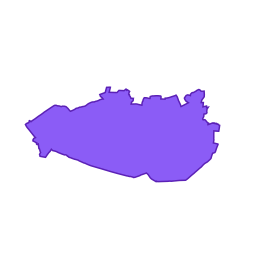 Stroiesti, Suceava, Romania (Equal Earth projection), rotated 306°
{"feature_id": "2599482B39658713506710", "entity_name": "Stroiesti", "entity_type": "district", "adm_level": 2, "iso_a3": "ROU", "parent_name": "Romania", "parent_adm1": "Suceava", "projection": "equal_earth", "projection_center": [26.132, 47.616], "detail": "fine", "context": "isolated", "style": "filled", "palette": "violet", "viewbox_px": 256, "rotation_deg": 306, "n_neighbors": 0, "source": "geoboundaries", "source_scale": "gbopen_adm2", "svg_char_len": 5461}
<svg xmlns="http://www.w3.org/2000/svg" viewBox="0 0 256 256"><g transform="rotate(306 128 128)"><path d="M127.1,207.2L130.5,208.1L131.2,208.2L133.8,208.8L137.4,209.6L139.5,210.2L142.3,210.5L144.3,210.9L144.8,211.1L146.2,211.7L146.8,212.0L147.9,212.3L148.9,212.5L149.9,212.7L151.7,213.0L152.2,213.0L154.6,212.1L156.2,211.6L157.3,211.3L158.0,211.9L158.7,212.3L159.2,212.7L159.5,212.7L160.3,212.6L163.7,211.5L164.8,211.2L167.6,210.5L167.8,210.4L167.9,210.2L166.3,206.3L166.1,205.9L169.0,204.4L169.5,203.8L170.6,203.1L173.3,201.1L176.1,199.2L178.7,203.3L181.0,202.2L184.0,200.6L183.9,200.3L183.8,200.1L183.9,199.2L184.1,199.0L184.0,198.8L183.9,198.7L183.9,198.3L183.6,198.1L183.5,197.9L183.4,197.8L183.4,197.7L183.7,197.6L183.8,197.4L183.8,197.1L183.7,196.8L183.6,196.7L183.4,196.2L183.2,196.1L182.9,196.2L182.6,195.7L182.6,195.4L182.6,195.1L182.7,194.9L182.4,194.8L182.1,194.5L182.1,194.4L182.3,194.2L182.2,193.9L181.9,193.9L181.7,193.8L181.6,193.7L181.5,193.2L181.1,193.0L178.9,191.6L177.7,190.7L177.8,190.6L178.2,190.6L178.4,190.4L178.6,190.4L178.8,190.4L179.0,190.6L179.3,190.5L179.3,190.2L179.1,189.5L179.1,188.9L179.4,188.0L179.8,186.2L179.9,185.6L179.9,185.4L179.7,185.0L178.8,184.0L179.0,183.5L179.1,183.2L179.4,183.0L180.6,182.8L182.2,182.4L183.1,181.7L183.7,181.4L184.1,181.3L184.9,182.4L185.3,182.6L185.6,182.8L186.0,182.9L186.6,182.9L186.9,182.8L187.2,182.4L187.4,182.2L188.0,181.8L188.7,181.4L189.1,181.1L189.4,181.0L189.7,180.9L190.1,180.8L192.0,180.7L190.7,179.5L191.9,178.6L189.2,176.2L192.9,174.0L191.6,172.3L193.4,171.5L194.1,171.3L197.5,171.3L197.9,171.3L198.2,171.2L198.5,171.0L199.9,170.1L202.6,167.9L201.2,166.3L201.0,166.0L200.8,165.4L200.8,165.0L201.0,164.4L201.0,163.8L201.0,163.5L200.8,162.7L200.0,162.2L199.4,161.9L198.8,161.6L198.7,161.5L197.9,161.4L197.7,161.3L197.3,161.0L196.3,160.7L195.7,160.3L195.0,160.0L194.9,159.9L194.7,159.5L194.5,159.3L194.1,159.0L192.9,158.8L192.1,158.7L191.7,158.9L190.9,159.4L190.7,158.8L190.0,157.0L189.6,156.6L188.6,156.0L187.8,155.9L185.9,156.0L185.5,156.2L185.3,156.1L184.8,156.7L184.0,158.5L183.8,159.2L183.9,162.0L176.5,158.3L176.6,158.1L176.7,157.9L177.1,157.5L177.7,156.7L178.5,155.2L179.5,153.5L179.9,152.7L180.9,151.3L181.6,150.3L182.0,149.7L182.3,149.1L182.8,147.5L182.3,147.4L179.2,145.1L176.8,143.4L175.0,141.8L174.0,140.5L173.1,141.0L170.8,137.5L172.7,136.4L173.1,135.7L172.2,134.1L171.9,133.6L171.0,132.3L170.3,131.4L169.1,130.0L168.2,128.8L166.8,127.7L166.5,127.5L164.8,128.4L164.2,127.4L163.4,125.4L162.9,124.6L162.3,123.8L162.1,123.4L161.2,123.4L160.0,123.6L159.4,123.8L158.6,124.2L158.0,124.2L157.3,124.4L156.3,124.8L154.6,125.8L153.1,122.4L152.8,121.5L152.5,121.0L152.3,120.5L149.2,116.5L150.9,115.7L152.7,116.1L153.8,115.8L154.7,115.0L155.1,114.9L153.8,112.9L154.9,111.0L155.0,110.3L155.3,109.8L155.6,109.1L155.9,109.3L156.3,108.4L156.9,108.1L157.6,108.0L158.6,107.8L158.6,106.7L158.5,105.0L157.8,104.8L158.3,103.5L155.9,102.9L153.1,98.6L150.5,98.3L150.2,98.2L149.9,97.8L145.8,91.8L150.6,89.8L150.5,89.5L148.3,86.8L143.3,88.7L138.5,85.5L138.2,86.0L137.4,87.1L137.2,89.6L136.8,90.8L136.2,90.1L135.3,89.4L134.5,88.7L133.4,88.2L132.3,87.6L131.5,87.0L130.5,86.1L129.8,85.7L129.4,85.5L129.0,85.0L128.2,84.0L127.5,83.4L126.2,82.6L124.5,81.7L123.7,81.4L121.5,80.8L120.7,80.5L120.3,80.2L119.5,79.6L118.9,78.9L118.5,78.6L116.9,77.3L116.5,76.7L114.7,75.7L114.0,75.0L113.3,74.4L112.6,74.2L111.7,73.9L110.7,73.4L109.1,72.5L108.0,71.8L107.7,71.6L107.9,70.3L108.2,69.0L108.5,68.1L108.7,66.5L108.8,65.7L108.8,65.2L108.2,63.7L107.5,62.7L107.2,62.2L106.5,61.7L106.0,61.3L105.4,59.4L105.1,58.9L104.7,58.3L104.4,57.7L104.3,57.3L104.2,56.7L103.4,55.5L102.6,55.0L100.3,54.1L91.3,50.8L90.8,50.7L87.6,49.7L85.3,48.8L80.8,47.4L79.2,46.8L77.6,46.2L76.8,45.9L76.1,45.8L76.1,45.6L76.0,45.4L76.2,45.0L76.2,44.8L76.1,44.4L76.1,44.0L76.0,43.9L75.8,43.9L75.7,43.9L75.6,44.1L75.7,44.3L75.1,44.4L74.7,44.3L74.2,44.6L73.7,44.5L73.4,44.0L72.8,43.9L72.3,43.4L71.5,43.1L71.1,43.1L70.5,43.0L69.9,44.3L69.6,44.8L69.1,46.2L68.5,48.6L66.3,56.5L65.8,58.8L64.8,58.2L64.2,57.9L63.8,57.9L63.3,58.0L62.9,58.0L62.8,58.3L61.7,58.6L62.3,63.0L61.4,63.2L61.2,63.6L61.2,64.2L62.3,64.8L59.0,68.0L59.2,68.4L58.0,70.0L57.4,70.7L56.8,71.7L55.0,71.9L54.8,71.9L54.4,72.2L54.2,72.5L54.0,72.9L53.7,73.3L53.4,73.5L54.3,75.4L55.8,78.5L58.7,78.4L59.5,78.4L59.8,78.4L60.5,78.4L61.4,78.4L63.4,78.7L65.7,78.5L65.5,79.4L65.5,79.7L65.6,80.1L65.5,80.6L65.6,80.8L66.1,81.7L66.3,82.4L66.5,82.8L66.8,83.8L66.9,84.3L67.0,84.9L67.1,85.7L67.3,86.6L67.5,87.3L68.1,89.7L68.2,90.2L68.4,90.7L68.9,92.4L69.0,92.6L69.5,93.0L69.7,93.5L69.8,94.1L69.9,94.5L69.8,95.1L69.6,95.3L69.5,95.7L69.7,96.0L69.8,96.1L69.9,96.3L69.9,96.5L69.8,96.8L69.6,97.1L69.8,98.0L70.1,98.8L70.3,99.2L70.4,99.8L70.5,100.2L70.7,101.0L71.4,103.3L71.9,104.4L72.5,106.1L72.6,106.4L72.7,107.0L72.7,107.5L72.7,107.8L72.8,108.2L72.9,108.6L73.3,110.5L73.8,112.9L74.4,114.3L74.4,115.0L74.6,115.9L75.2,118.4L75.8,120.5L77.7,125.8L78.2,127.2L79.0,129.4L81.6,136.8L82.8,140.2L85.3,146.9L86.1,148.9L88.6,155.3L89.1,156.2L89.5,157.4L89.7,157.8L90.1,158.2L90.3,158.7L91.2,160.9L91.1,161.4L91.5,161.9L92.2,162.6L96.5,165.6L96.8,165.7L97.1,165.7L102.4,169.4L102.3,170.5L102.1,171.8L100.8,175.3L100.6,176.6L100.6,177.4L100.8,179.3L101.1,182.2L101.6,182.2L101.7,182.7L101.9,183.2L102.4,184.0L108.4,191.7L108.7,192.0L108.8,192.1L109.5,192.9L110.6,194.6L111.2,195.2L111.9,196.0L115.7,200.3L119.5,205.2L119.7,205.3L120.4,205.6L122.1,206.1L127.1,207.2Z" fill="#8b5cf6" stroke="#5b21b6" stroke-width="1.5"/></g></svg>